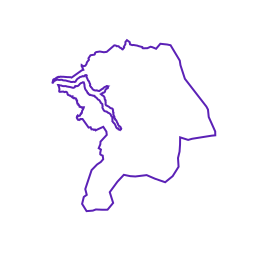 Luster nor, Sogn og Fjordane, Norway (Albers equal-area conic projection), rotated 107°
{"feature_id": "86288312B33434910544397", "entity_name": "Luster nor", "entity_type": "district", "adm_level": 2, "iso_a3": "NOR", "parent_name": "Norway", "parent_adm1": "Sogn og Fjordane", "projection": "albers", "projection_center": [7.392, 61.52], "detail": "fine", "context": "isolated", "style": "outline", "palette": "violet", "viewbox_px": 256, "rotation_deg": 107, "n_neighbors": 0, "source": "geoboundaries", "source_scale": "gbopen_adm2", "svg_char_len": 5856}
<svg xmlns="http://www.w3.org/2000/svg" viewBox="0 0 256 256"><g transform="rotate(107 128 128)"><path d="M107.5,213.4L104.8,212.4L102.6,210.2L102.4,209.8L102.3,208.6L101.9,207.0L101.5,206.4L101.2,205.2L101.4,204.2L101.2,203.1L100.8,201.5L100.8,199.3L100.6,197.2L100.7,196.2L100.4,195.0L99.7,193.5L99.6,192.4L98.9,191.7L97.4,191.4L95.7,190.7L94.5,189.6L93.6,189.1L93.3,188.8L92.4,187.3L91.7,186.7L91.7,185.9L91.4,185.1L91.2,185.0L90.9,185.0L90.2,184.3L89.9,184.3L89.8,184.1L89.8,183.9L89.4,183.7L89.5,183.7L89.5,183.4L89.8,182.8L90.2,182.7L90.7,182.9L91.6,182.5L92.2,181.7L93.6,180.6L94.2,180.1L94.4,179.4L94.8,179.2L95.3,178.5L96.3,177.9L96.9,177.2L97.6,176.8L98.5,176.8L99.2,176.1L99.5,175.4L99.8,175.3L100.3,174.2L101.1,173.4L101.5,172.6L101.5,172.1L101.8,171.3L101.7,171.0L101.7,170.2L101.2,169.2L101.3,168.5L101.3,168.4L101.1,168.1L101.2,167.8L101.1,166.4L100.9,166.1L100.0,165.6L99.6,165.1L98.8,164.7L97.6,163.4L97.3,163.4L96.0,162.6L94.4,160.8L94.2,160.3L94.1,160.1L94.3,160.0L94.1,160.1L94.0,159.3L94.3,159.5L94.9,159.3L95.1,159.5L95.2,159.4L95.3,159.0L95.7,159.0L95.8,159.0L96.4,159.7L96.7,159.8L97.4,160.5L98.1,160.7L100.2,160.7L101.2,161.4L101.5,162.2L102.2,162.4L102.7,163.3L103.2,163.2L103.6,163.7L104.3,162.1L104.3,161.8L104.5,161.1L104.5,160.8L105.2,159.8L105.9,159.2L106.9,158.9L107.7,158.3L107.6,158.1L108.0,157.6L108.7,157.3L109.4,157.3L110.1,156.8L111.9,156.4L112.5,155.9L112.8,155.3L112.7,155.0L113.0,154.1L113.1,153.1L113.4,152.1L114.0,150.9L114.1,150.2L114.0,149.7L114.0,148.8L114.2,148.6L114.3,148.2L115.0,147.9L115.2,147.5L115.8,147.4L116.1,147.2L115.8,147.1L117.0,147.1L117.7,146.3L118.1,146.4L118.8,146.0L119.2,146.1L120.5,145.0L121.0,144.4L123.0,143.6L123.3,143.1L123.2,142.9L123.8,142.6L123.9,142.2L123.9,141.9L124.2,141.4L125.9,140.0L126.1,139.7L126.8,139.2L126.9,138.9L127.5,138.6L128.3,137.9L128.6,137.5L128.5,137.2L128.7,136.8L129.0,136.4L128.9,136.2L129.1,135.6L129.9,135.1L130.1,134.7L130.5,134.3L131.3,134.3L131.6,134.5L131.9,134.8L131.7,135.0L132.1,135.1L132.0,135.3L132.1,135.6L132.2,135.9L132.1,136.8L131.4,137.2L131.2,137.4L131.5,138.5L130.9,139.4L129.1,140.8L127.8,142.1L127.7,142.2L127.5,143.0L127.1,143.3L126.7,144.2L126.2,144.6L126.0,145.0L125.4,145.0L123.8,145.7L122.3,145.9L121.9,146.7L121.8,147.1L120.0,148.7L119.8,149.1L119.3,150.5L119.3,151.5L119.0,151.9L118.8,152.8L118.6,153.0L118.6,153.9L118.7,154.3L118.7,155.3L118.3,156.2L116.1,158.4L115.0,158.6L114.6,158.6L113.9,159.1L112.7,159.5L112.4,160.0L112.2,160.6L111.8,161.5L111.2,161.8L111.1,162.1L109.9,163.3L109.7,163.9L109.7,164.3L109.5,165.1L109.0,165.9L108.7,166.2L108.0,167.8L108.0,168.3L107.0,169.5L107.1,169.9L107.4,170.6L107.2,170.9L107.4,173.2L107.3,173.8L107.5,173.8L107.6,174.3L107.2,174.9L107.2,175.4L106.7,176.1L106.3,176.4L106.4,176.7L106.1,177.1L105.0,178.0L103.9,179.6L103.0,180.5L101.0,181.7L99.2,182.4L97.3,183.6L97.4,184.5L98.3,185.3L98.8,186.1L99.7,186.8L101.6,187.6L102.4,188.2L102.8,188.8L103.3,190.7L103.6,190.8L104.0,190.6L104.3,190.9L104.9,191.1L105.6,192.1L105.7,192.9L105.7,194.4L105.8,195.9L106.0,197.0L106.0,197.6L106.2,198.3L106.1,199.7L106.9,202.1L107.0,203.3L106.9,204.1L106.9,204.6L107.2,205.4L107.1,206.8L107.3,207.4L108.8,206.1L110.9,204.9L112.9,204.6L113.3,204.3L113.4,204.0L113.2,203.3L112.1,200.6L112.1,199.9L112.3,199.5L112.2,199.0L111.5,198.0L111.5,197.2L112.5,196.0L113.2,195.8L113.8,195.2L113.7,195.0L114.1,193.4L113.9,193.1L114.1,192.8L114.1,192.6L114.3,192.0L114.4,191.2L114.1,190.6L114.8,190.6L115.1,190.0L115.3,189.2L115.0,189.2L114.8,188.9L115.2,188.4L115.2,188.2L115.0,187.9L115.2,187.3L114.9,186.7L115.4,186.0L115.7,186.0L116.0,185.6L116.3,185.4L116.4,185.1L116.7,185.2L116.9,184.9L117.1,184.8L117.2,184.5L117.9,184.5L118.4,184.1L118.5,183.9L119.5,183.6L119.6,182.9L119.6,182.6L119.9,182.4L120.5,182.2L120.5,181.4L121.1,180.9L121.8,180.7L121.9,180.4L121.8,180.2L121.9,179.8L121.6,179.5L121.8,179.0L121.6,178.4L121.8,178.1L121.7,177.8L121.9,177.7L121.3,177.0L121.1,176.3L121.8,176.3L122.0,176.7L123.1,176.4L125.0,176.9L126.4,176.7L126.9,176.9L127.1,176.6L128.1,176.9L128.2,177.3L128.7,177.3L128.9,177.5L130.1,177.5L130.8,178.4L130.7,178.6L130.9,179.0L130.7,179.6L131.5,179.6L131.5,180.1L131.8,180.2L132.2,180.1L132.2,179.9L132.8,180.1L133.4,179.8L133.5,179.5L134.0,179.2L134.8,178.1L134.6,177.6L134.6,177.2L134.3,177.2L134.2,176.7L133.8,176.1L133.4,176.2L133.2,176.0L133.1,175.2L132.9,174.9L132.7,174.1L139.1,165.8L138.2,164.0L140.0,162.5L139.5,161.2L139.8,160.0L139.1,159.2L139.7,158.2L139.4,158.0L134.1,152.0L137.8,147.6L140.8,146.3L149.1,150.3L151.7,149.7L155.9,150.1L156.5,147.6L159.8,147.3L161.3,146.8L161.7,145.6L161.8,144.1L165.1,142.6L168.5,144.1L171.9,146.9L178.9,150.5L198.9,151.0L204.0,147.9L206.7,150.0L207.0,150.1L214.0,149.7L219.6,143.3L217.3,137.5L215.3,134.9L213.5,128.0L212.1,123.7L204.0,120.3L194.7,126.7L182.4,122.4L174.0,118.3L173.4,111.8L172.2,106.8L167.6,96.4L168.6,87.4L169.0,76.6L161.0,71.2L150.3,68.3L142.1,71.4L135.5,71.8L128.6,73.4L121.7,75.4L121.8,67.0L119.6,63.6L119.0,62.4L110.9,45.8L109.5,42.4L105.8,43.6L93.9,54.0L87.0,56.9L84.6,59.3L64.3,88.0L52.6,96.2L48.4,98.2L36.4,111.5L36.7,114.9L38.0,121.7L44.0,124.3L43.6,128.5L43.7,130.2L46.0,132.8L47.4,137.0L47.2,137.6L46.4,138.0L46.6,141.9L46.5,143.2L47.0,147.0L47.5,148.2L47.4,150.5L45.4,151.5L44.3,154.7L46.5,155.6L48.5,155.0L51.6,155.7L52.2,155.2L54.4,156.1L54.4,156.6L53.6,158.0L53.6,158.9L53.0,160.3L52.6,160.8L52.7,161.8L53.1,162.6L52.7,163.8L53.0,165.3L61.4,170.6L62.6,173.2L63.1,177.3L64.7,180.6L65.7,181.4L67.0,181.3L67.6,181.5L69.4,185.1L72.9,186.2L74.2,185.3L76.2,186.1L77.3,186.5L78.9,186.4L80.9,187.0L82.0,188.7L81.4,190.7L82.3,190.5L83.3,189.4L83.7,189.2L85.4,187.7L86.4,189.1L96.3,196.7L96.2,197.7L97.1,201.0L98.0,205.2L98.3,206.0L98.6,207.5L99.3,208.4L99.2,208.9L100.0,209.8L99.8,210.0L100.9,211.2L101.6,211.5L102.8,212.7L103.1,213.3L103.6,213.6L107.5,213.4Z" fill="none" stroke="#5b21b6" stroke-width="2"/></g></svg>